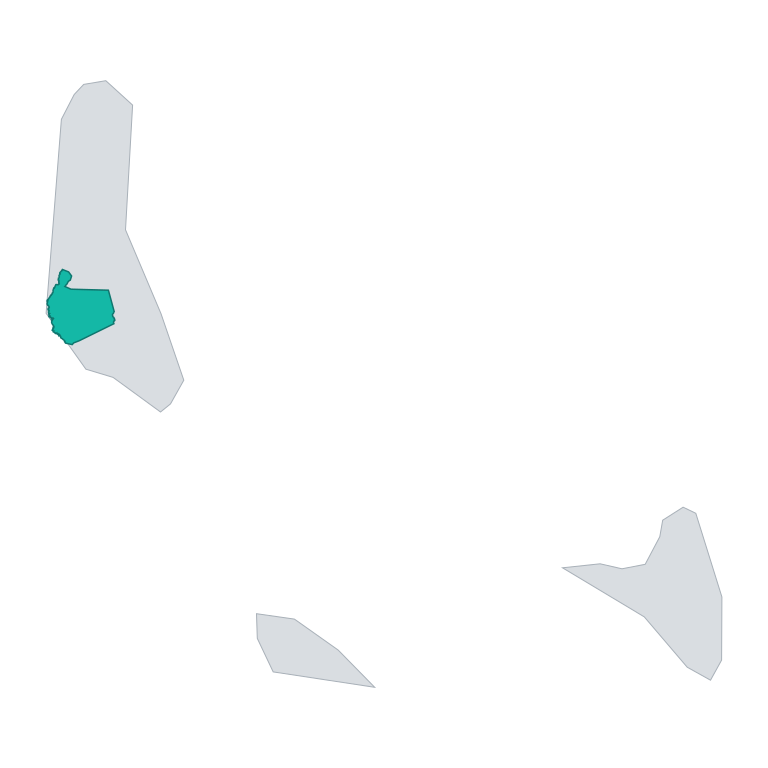 location of Moroni-Bambao, Andjazîdja, Comoros
{"feature_id": "10938185B83767222062315", "entity_name": "Moroni-Bambao", "entity_type": "district", "adm_level": 2, "iso_a3": "COM", "parent_name": "Comoros", "parent_adm1": "Andjazîdja", "projection": "natural_earth1", "projection_center": [43.253, -11.742], "detail": "fine", "context": "in_parent", "style": "filled", "palette": "teal", "viewbox_px": 768, "rotation_deg": 0, "n_neighbors": 0, "source": "geoboundaries", "source_scale": "gbopen_adm2", "svg_char_len": 4970}
<svg xmlns="http://www.w3.org/2000/svg" viewBox="0 0 768 768"><path d="M170.5,403.9L160.5,412.0L113.1,377.4L85.9,369.2L46.1,313.3L61.4,119.3L74.2,94.5L83.7,84.4L105.8,80.7L132.6,105.1L125.5,229.8L161.0,313.7L183.8,380.2L170.5,403.9ZM695.8,513.3L721.9,597.0L721.6,660.1L710.5,680.2L687.2,667.2L644.3,616.9L562.5,567.8L600.1,563.8L622.0,568.8L645.2,564.3L659.8,536.7L662.7,520.2L683.1,507.2L695.8,513.3ZM338.2,650.1L374.7,687.3L273.2,671.9L257.3,638.4L256.5,613.7L294.4,619.1L338.2,650.1Z" fill="#d9dde1" stroke="#a8b0b8" stroke-width="1"/><path d="M113.9,323.7L113.7,323.1L113.5,322.4L113.7,321.1L114.1,321.0L114.3,321.0L114.5,320.8L114.9,320.1L114.5,319.2L114.2,319.0L114.1,318.9L114.4,318.4L114.3,318.2L113.8,317.7L113.6,317.2L113.1,316.9L112.7,316.5L112.7,315.9L112.7,315.6L112.4,314.9L112.5,314.6L112.7,314.1L113.5,313.2L113.9,311.9L114.0,311.8L114.2,311.6L108.4,290.2L71.0,289.2L64.9,286.5L65.2,286.2L65.9,285.1L66.7,284.3L67.1,283.8L67.4,283.2L67.7,282.4L68.0,282.0L68.1,281.8L68.2,281.6L68.5,281.4L68.8,281.0L70.3,280.1L71.6,276.0L68.6,271.9L62.5,269.5L62.4,269.9L62.4,270.0L62.0,270.1L62.0,270.5L61.8,270.5L61.8,270.4L61.7,270.4L61.6,270.5L61.6,270.8L61.4,271.1L61.0,271.4L60.8,271.8L60.5,271.9L59.9,272.6L59.9,272.9L59.8,273.0L60.0,273.4L59.8,273.4L59.7,273.8L59.9,274.4L59.7,274.7L59.2,275.1L59.1,275.3L59.0,276.1L59.3,276.7L59.3,276.8L59.1,277.5L58.7,278.1L58.6,278.4L58.4,278.4L58.5,279.0L58.5,279.3L58.5,279.8L58.2,280.0L58.3,280.1L58.6,280.1L58.8,280.4L59.0,280.7L59.0,281.0L58.8,281.1L58.7,281.7L58.7,281.8L59.0,282.2L59.0,282.3L58.8,282.4L58.8,282.6L58.8,282.8L59.0,283.0L59.1,283.3L59.3,283.8L59.2,283.9L58.8,283.8L58.6,284.1L58.5,284.5L58.4,284.6L58.2,284.5L57.8,284.6L57.6,284.8L57.4,284.8L57.0,284.6L56.6,284.6L56.1,284.5L55.9,284.6L55.6,285.2L55.4,285.5L55.3,286.0L55.0,286.4L54.7,287.5L54.2,287.8L54.2,288.0L54.0,287.9L53.9,288.2L53.7,288.2L53.6,288.6L53.4,289.0L53.2,289.8L53.2,290.0L53.0,290.3L53.1,290.7L53.1,291.1L53.1,292.1L52.8,292.5L52.6,293.0L52.4,293.0L52.4,293.3L52.3,293.5L52.2,293.5L52.0,293.9L52.0,294.1L51.8,294.1L51.7,294.3L51.6,294.5L51.4,294.7L51.2,294.9L51.0,295.0L51.1,295.3L50.8,295.3L50.7,295.6L50.4,295.8L50.3,296.2L50.3,296.3L50.0,296.4L49.9,296.8L49.8,297.3L49.6,297.4L49.4,297.6L49.1,298.0L48.9,298.2L48.9,298.4L48.7,298.7L48.4,299.0L48.3,299.5L48.2,299.6L48.1,299.4L47.9,299.5L47.8,299.9L47.7,299.9L47.7,300.1L47.8,300.2L47.6,300.4L47.6,300.5L47.6,300.9L47.4,301.0L47.6,301.1L47.4,301.3L47.3,301.2L47.3,301.7L47.5,301.9L47.4,302.4L47.5,302.5L47.4,302.9L47.3,303.2L47.2,303.2L47.1,303.9L47.2,304.3L47.5,304.6L47.5,305.0L47.7,305.3L48.1,305.3L48.5,305.8L48.5,306.0L49.1,306.7L49.2,306.9L49.3,307.2L49.2,307.5L49.0,307.8L48.9,307.8L48.8,308.0L48.6,308.0L48.6,308.3L48.4,308.2L48.3,308.4L48.4,308.5L48.3,308.8L48.3,309.0L48.1,309.0L48.3,309.1L48.3,309.5L48.1,309.5L48.4,310.2L48.7,310.4L48.6,310.6L48.8,310.6L48.7,310.8L48.8,311.0L49.0,311.1L48.7,312.1L48.5,312.3L48.7,312.7L48.7,313.5L48.9,313.7L49.3,313.7L49.2,313.8L48.8,313.9L49.2,313.9L49.2,314.0L48.9,314.2L49.1,314.4L49.1,314.5L48.9,314.9L48.9,315.1L49.1,315.4L49.1,315.5L49.0,315.9L48.9,316.3L48.9,316.5L49.0,316.5L49.0,316.4L49.0,316.2L49.1,315.9L49.2,315.7L49.4,315.5L49.5,315.5L49.9,315.9L49.8,316.0L49.8,316.3L49.9,316.6L50.0,316.6L50.0,316.8L50.2,316.6L50.3,317.1L50.5,317.4L50.8,317.3L51.2,317.8L51.3,318.1L51.2,318.2L51.2,318.3L51.4,318.4L51.4,318.2L51.5,318.1L51.6,318.3L51.7,318.2L51.8,318.2L51.8,318.3L52.0,317.9L52.3,318.0L53.1,318.0L53.3,318.3L53.1,318.8L52.9,319.0L53.0,319.0L52.8,319.2L52.8,319.5L52.4,319.9L52.3,320.3L52.1,320.7L51.9,320.6L52.0,320.8L51.8,321.0L51.8,321.4L51.6,321.8L51.6,322.2L51.7,322.8L52.4,324.3L52.5,324.4L52.9,324.7L52.9,324.8L52.9,325.0L53.1,325.3L53.5,325.7L53.5,325.9L53.4,325.9L53.3,326.1L53.2,326.0L53.3,326.3L53.4,326.1L53.5,326.2L53.5,326.3L53.8,326.4L53.6,326.7L53.7,326.9L53.4,326.9L53.4,327.0L53.5,327.1L53.4,327.4L53.4,327.5L53.5,327.6L53.2,328.1L53.0,327.9L52.8,328.1L52.9,328.3L53.1,328.7L52.9,328.9L52.9,329.1L53.1,329.1L52.9,329.4L52.8,329.2L52.7,329.4L52.7,330.0L52.6,329.8L52.4,329.9L52.5,330.1L52.5,330.3L52.4,330.4L52.8,330.6L52.8,330.8L53.0,331.1L53.4,331.1L53.2,331.3L53.3,331.7L53.5,331.6L53.7,331.9L54.0,332.0L54.1,332.3L54.3,332.4L54.7,332.5L54.7,332.8L54.8,332.9L55.0,332.9L55.2,333.1L55.3,333.2L55.7,333.1L55.7,333.3L55.9,333.2L56.2,333.1L56.7,333.3L56.6,333.5L56.8,333.3L56.8,333.7L56.9,333.8L57.0,333.6L57.4,333.7L57.4,333.8L57.6,333.8L57.8,333.8L58.0,333.9L57.8,334.1L57.8,334.3L58.0,334.5L58.3,334.7L58.4,334.9L58.5,334.9L58.6,334.7L58.7,335.1L58.9,334.7L59.0,334.8L59.1,334.6L59.2,334.8L59.6,334.7L59.7,334.8L59.7,335.1L59.9,335.2L59.9,335.5L60.0,335.6L60.3,335.9L60.2,336.1L60.3,336.1L60.3,336.3L60.8,336.9L60.7,337.2L60.8,337.4L60.7,337.7L61.0,338.0L62.0,338.6L62.4,338.7L62.9,339.3L63.0,339.5L63.8,340.0L64.0,340.1L64.5,340.9L64.6,341.5L64.8,341.5L64.6,341.8L65.3,342.5L65.4,342.8L65.5,343.1L72.2,344.6L73.7,342.9L79.3,340.7L113.9,323.7Z" fill="#14b8a6" stroke="#0f766e" stroke-width="1.5"/></svg>